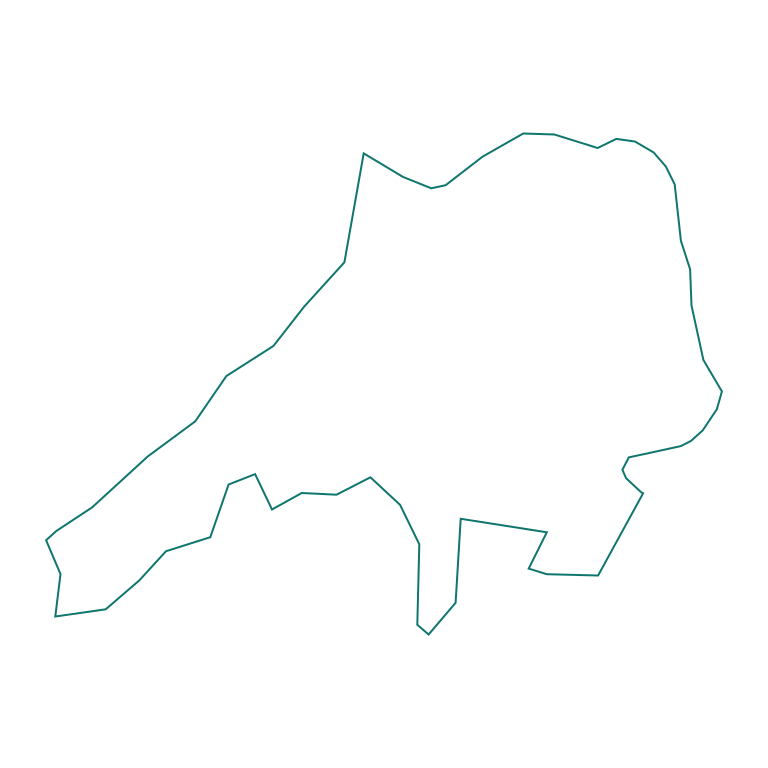 Uchkurgan, Namangan, Uzbekistan (Robinson projection)
{"feature_id": "79887680B35727766671193", "entity_name": "Uchkurgan", "entity_type": "district", "adm_level": 2, "iso_a3": "UZB", "parent_name": "Uzbekistan", "parent_adm1": "Namangan", "projection": "robinson", "projection_center": [72.083, 41.056], "detail": "fine", "context": "isolated", "style": "outline", "palette": "teal", "viewbox_px": 768, "rotation_deg": 0, "n_neighbors": 0, "source": "geoboundaries", "source_scale": "gbopen_adm2", "svg_char_len": 842}
<svg xmlns="http://www.w3.org/2000/svg" viewBox="0 0 768 768"><path d="M546.7,574.2L598.1,575.5L643.1,493.3L641.1,492.2L626.1,478.2L622.4,469.8L628.8,457.4L680.8,446.1L691.0,440.9L702.7,430.4L716.9,409.2L721.9,391.4L703.4,360.0L691.5,305.5L690.1,269.3L680.9,240.8L674.7,184.4L665.9,166.6L653.8,152.6L646.9,148.5L634.9,141.5L616.3,138.9L597.6,148.0L554.4,134.5L523.2,133.5L482.5,156.7L445.6,185.2L431.3,188.3L403.1,177.0L363.7,153.4L344.4,262.3L304.0,306.8L273.5,345.9L226.4,376.0L195.3,421.3L147.7,456.5L92.1,507.4L56.3,531.0L46.1,540.2L60.5,574.1L55.3,616.5L105.7,609.3L139.2,580.5L166.0,551.2L210.3,537.2L228.6,484.5L255.1,474.1L272.0,509.5L301.7,493.0L336.5,494.7L370.4,477.3L400.1,504.9L419.3,544.3L417.3,624.8L428.6,634.5L455.6,602.8L460.7,518.8L546.8,532.3L528.7,568.6L546.7,574.2Z" fill="none" stroke="#0f766e" stroke-width="2"/></svg>